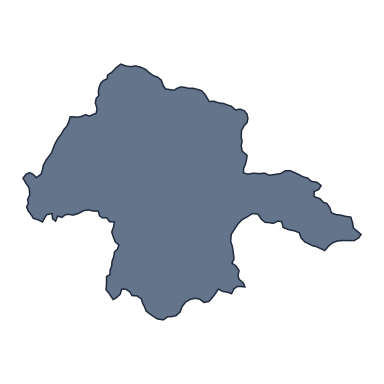 outline of Congonhas, Minas Gerais, Brazil
{"feature_id": "56859067B31622134997512", "entity_name": "Congonhas", "entity_type": "district", "adm_level": 2, "iso_a3": "BRA", "parent_name": "Brazil", "parent_adm1": "Minas Gerais", "projection": "mercator", "projection_center": [-43.854, -20.518], "detail": "fine", "context": "isolated", "style": "filled", "palette": "slate", "viewbox_px": 384, "rotation_deg": 0, "n_neighbors": 0, "source": "geoboundaries", "source_scale": "gbopen_adm2", "svg_char_len": 2966}
<svg xmlns="http://www.w3.org/2000/svg" viewBox="0 0 384 384"><path d="M23.0,178.2L25.7,182.8L29.1,188.0L29.8,194.5L27.6,199.6L28.4,203.2L26.6,206.9L28.4,211.2L31.4,215.2L33.4,218.4L38.2,219.8L42.5,222.0L44.4,218.3L46.7,214.7L52.0,213.6L52.6,218.8L55.6,221.2L57.6,216.1L61.9,217.4L65.4,214.7L69.1,214.4L73.2,215.1L78.0,213.6L84.4,210.4L88.9,210.0L93.0,211.0L98.4,211.2L99.5,215.8L102.6,217.9L106.7,217.8L109.5,221.7L114.4,222.0L113.5,227.0L111.7,232.1L113.4,237.1L115.2,241.9L118.9,245.0L117.4,249.2L114.4,252.1L113.9,256.3L112.0,261.6L111.6,266.5L110.1,269.9L109.9,274.7L106.5,276.5L106.5,284.3L106.0,289.7L109.2,293.6L113.1,299.6L116.3,297.8L120.2,294.2L121.7,289.1L125.7,289.1L129.9,291.9L132.0,295.6L137.1,295.9L141.3,298.9L142.7,303.5L144.6,307.0L146.1,311.1L150.0,314.0L153.2,316.3L157.3,318.9L163.3,319.9L167.7,316.8L171.9,316.6L176.1,315.6L180.1,312.0L182.1,306.5L185.8,301.9L190.5,299.3L195.2,298.3L199.7,299.2L204.0,302.5L208.8,301.5L211.5,298.6L214.7,294.6L218.3,289.1L222.8,291.4L227.8,292.3L231.6,293.7L233.8,289.0L237.3,286.5L240.8,286.5L244.9,286.9L243.4,283.1L239.1,279.3L238.0,275.5L239.1,270.7L236.1,266.2L231.9,263.1L234.0,259.1L233.6,254.5L233.0,250.9L232.4,246.5L230.7,241.4L231.2,234.4L234.4,229.4L237.6,224.4L241.9,219.8L247.3,216.8L252.2,213.6L257.9,214.0L261.4,219.3L265.2,222.4L269.1,222.6L273.2,223.4L277.7,221.2L281.7,221.6L283.1,227.5L288.4,229.6L294.6,230.9L299.3,232.8L301.0,237.8L304.7,241.8L308.4,243.6L312.0,245.5L317.1,246.9L321.0,248.8L324.8,250.5L328.9,245.7L332.7,242.8L337.2,241.0L342.8,240.5L348.8,240.6L354.2,240.6L358.8,237.8L361.0,234.4L357.5,231.4L353.4,228.0L352.7,223.2L350.8,217.1L345.8,216.4L340.6,215.1L336.2,214.6L331.4,212.8L329.7,207.6L326.8,203.4L323.5,202.4L319.8,198.6L314.1,196.6L314.1,191.6L318.8,189.4L321.1,185.6L317.3,182.4L311.3,181.3L307.6,178.0L302.9,176.8L299.3,174.8L295.1,172.8L289.9,170.6L285.3,170.8L280.5,173.6L275.1,174.4L269.5,175.3L264.7,173.2L259.0,173.6L253.2,173.2L247.9,174.2L243.5,172.9L243.6,168.4L245.3,164.6L246.4,160.2L247.1,155.5L242.1,151.0L241.2,145.4L242.1,141.6L241.2,137.1L241.5,130.5L244.0,125.9L247.0,122.7L247.9,118.6L247.0,114.0L244.2,110.7L240.0,109.1L235.4,109.9L231.2,106.1L227.6,105.1L223.7,103.5L218.7,102.9L213.7,101.2L209.1,101.5L207.4,98.4L204.8,94.2L201.6,90.7L198.2,89.6L193.2,88.3L188.5,88.3L184.4,87.3L180.6,86.9L177.1,88.3L174.1,90.3L170.5,89.7L165.4,88.9L163.2,85.3L161.3,80.1L157.3,76.9L153.8,75.9L149.4,72.9L145.6,69.4L139.9,66.9L134.8,65.9L131.5,66.7L126.2,66.1L120.9,64.1L116.6,67.3L112.0,72.1L107.5,75.1L107.1,78.9L103.7,80.3L100.7,83.2L99.2,87.1L98.3,91.3L98.8,95.5L96.2,98.4L95.3,103.0L97.0,108.3L96.2,113.2L92.9,114.6L89.2,116.1L85.7,114.6L81.6,116.4L77.7,117.2L74.3,116.9L70.2,116.8L68.6,122.3L66.7,126.4L64.0,129.3L61.3,134.2L58.3,137.9L56.4,141.1L54.7,144.4L53.1,148.7L51.5,152.8L49.2,156.0L46.3,159.7L43.4,165.1L42.5,169.4L41.2,174.0L36.4,177.6L33.0,174.3L29.6,172.6L26.1,174.2L23.0,178.2Z" fill="#64748b" stroke="#1e293b" stroke-width="1.5"/></svg>